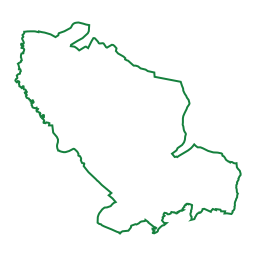 the district of Branesti, Dâmbovita, Romania
{"feature_id": "2599482B82394279234380", "entity_name": "Branesti", "entity_type": "district", "adm_level": 2, "iso_a3": "ROU", "parent_name": "Romania", "parent_adm1": "Dâmbovita", "projection": "equal_earth", "projection_center": [25.411, 45.045], "detail": "fine", "context": "isolated", "style": "outline", "palette": "green", "viewbox_px": 256, "rotation_deg": 0, "n_neighbors": 0, "source": "geoboundaries", "source_scale": "gbopen_adm2", "svg_char_len": 5703}
<svg xmlns="http://www.w3.org/2000/svg" viewBox="0 0 256 256"><path d="M231.9,162.0L230.8,162.1L230.3,162.5L229.9,161.9L229.5,162.0L229.0,161.6L228.4,161.6L228.0,161.1L226.6,160.3L225.9,159.6L225.5,159.0L225.4,158.5L224.2,156.8L223.6,156.2L222.5,155.8L222.4,155.6L222.2,154.0L221.5,153.4L217.7,152.6L213.3,152.4L208.1,150.9L202.9,148.3L200.4,147.3L197.6,147.3L195.6,145.8L194.2,144.4L192.6,146.5L190.9,148.3L188.0,150.5L178.9,155.9L177.2,157.1L176.4,156.6L174.7,157.0L172.0,153.7L176.5,150.4L177.6,148.1L182.1,145.0L184.0,142.4L184.9,139.8L185.2,136.5L185.9,134.1L185.7,133.4L184.4,131.4L183.8,129.7L183.3,126.3L182.7,124.8L182.9,122.5L182.9,118.4L183.3,116.1L184.5,113.3L186.7,108.9L187.2,107.3L189.2,104.4L189.5,103.3L188.6,99.9L186.9,97.6L186.2,95.9L184.7,93.7L183.3,90.7L183.1,88.5L182.0,85.8L180.7,81.8L154.6,76.8L154.3,72.5L147.8,71.1L145.6,69.6L140.6,68.4L138.1,66.4L135.9,65.7L133.6,65.6L128.1,60.7L126.8,60.3L125.1,59.4L125.3,58.2L123.6,56.6L118.1,53.5L115.9,51.0L116.5,48.3L114.4,45.9L113.2,45.0L111.8,44.8L107.0,47.6L106.1,47.2L103.7,43.6L102.9,43.2L99.6,43.5L98.8,43.2L97.9,41.6L95.0,38.4L94.3,38.1L93.4,38.1L91.5,41.3L88.1,48.1L85.9,46.6L84.9,46.9L79.2,50.4L76.8,48.2L74.5,46.7L70.8,46.2L71.1,44.8L77.5,40.9L82.6,38.1L87.8,33.3L88.8,31.2L89.2,25.1L85.9,24.5L83.4,23.7L78.5,22.5L76.3,22.7L74.9,23.0L73.5,23.7L72.5,24.7L70.9,27.6L70.1,28.2L64.3,31.3L58.9,33.2L58.6,33.6L58.3,35.3L55.5,37.1L50.7,34.4L44.7,32.6L41.7,32.1L38.8,31.4L38.6,32.2L35.1,31.4L33.3,31.3L27.6,31.4L24.4,31.8L24.2,31.8L24.2,33.1L23.7,33.9L22.5,35.0L22.6,35.6L23.3,36.6L23.2,37.1L22.2,38.0L22.1,38.3L22.2,39.0L23.6,41.9L23.8,42.7L23.7,43.4L23.2,43.9L21.4,43.7L21.1,44.1L21.1,44.5L21.2,45.0L21.6,45.4L23.0,45.6L23.4,45.9L23.4,46.1L22.7,46.7L21.6,47.4L21.5,47.9L22.1,48.1L23.1,48.1L23.7,48.5L24.2,49.5L24.1,50.2L23.6,51.8L23.1,52.2L23.4,53.0L23.3,53.3L21.5,53.5L21.0,55.0L20.9,57.3L21.2,57.8L21.8,60.3L21.0,60.9L21.1,61.7L19.8,62.6L19.0,62.9L17.9,63.8L18.4,64.5L19.4,68.5L19.3,68.8L18.9,69.0L18.9,69.3L20.3,69.4L20.7,70.5L20.8,71.3L20.2,71.9L19.9,73.7L18.1,74.3L16.8,75.5L17.3,77.3L17.2,78.3L15.9,79.2L15.4,80.3L15.4,80.7L16.7,82.3L17.2,82.2L17.8,81.1L18.5,81.2L19.2,81.6L19.4,82.3L18.9,83.9L19.3,85.0L19.4,86.3L20.5,86.8L21.7,88.1L22.1,87.9L22.3,86.9L22.7,86.5L23.0,86.2L23.5,86.3L23.7,87.1L23.5,88.3L23.9,89.3L24.8,89.4L25.6,89.9L26.4,91.4L26.8,91.8L26.8,92.2L26.5,92.6L25.2,92.2L24.8,92.5L25.1,93.4L26.7,94.8L26.8,95.0L25.9,96.0L26.7,97.8L28.9,98.6L29.2,99.5L30.1,99.9L30.6,101.5L30.8,101.5L32.5,100.3L32.8,100.4L32.4,101.2L32.6,101.4L33.1,101.3L33.5,101.6L33.6,102.3L33.2,102.8L31.7,103.1L31.4,103.4L31.8,104.2L31.6,105.2L32.1,105.8L32.5,107.2L33.2,107.7L35.2,108.2L35.5,108.2L36.6,107.7L36.8,108.5L37.1,108.8L38.0,109.0L37.8,109.5L36.7,109.8L36.5,110.4L36.6,111.1L36.8,111.5L37.3,111.5L40.0,112.8L40.3,113.5L39.7,114.0L40.7,116.7L42.0,116.0L42.5,115.3L43.3,115.0L43.9,115.2L44.0,115.8L43.9,117.2L42.5,117.8L42.1,118.3L43.6,119.5L44.3,121.1L43.5,122.1L43.7,122.9L45.5,123.2L46.5,122.4L47.6,122.7L48.2,122.7L49.4,123.2L49.0,125.4L52.3,125.4L53.2,132.6L56.9,137.0L58.0,139.5L57.9,142.2L57.2,144.5L57.0,146.1L57.3,148.2L58.2,150.6L59.4,150.7L59.6,151.1L61.5,151.7L63.9,152.2L65.6,152.1L69.2,151.0L73.4,148.8L74.2,148.9L74.9,149.4L77.3,151.7L78.5,153.9L78.3,155.2L78.5,155.7L80.0,156.2L81.1,158.3L81.1,159.4L80.8,160.1L81.9,162.7L82.2,163.1L84.0,163.3L84.3,163.8L83.7,166.1L88.5,172.2L95.8,179.1L97.5,180.9L98.2,181.3L101.7,184.9L111.4,193.0L108.7,195.3L112.6,198.5L115.7,202.1L113.8,202.9L112.2,204.3L110.7,206.1L107.0,207.4L104.5,207.6L102.3,209.3L99.2,213.4L98.4,215.2L97.8,217.1L97.6,222.7L99.2,223.9L101.0,224.3L101.8,225.2L104.2,226.4L111.6,229.4L116.9,231.8L119.2,232.5L119.4,233.2L120.0,233.5L121.3,232.0L122.5,231.3L128.4,230.7L130.9,227.5L131.1,226.0L131.3,225.7L135.4,224.2L136.5,224.5L138.9,223.3L139.9,222.3L141.3,221.5L144.9,221.0L145.3,220.5L145.4,219.9L147.7,221.6L148.3,222.1L148.3,222.5L153.9,226.9L155.4,227.4L156.1,227.9L155.6,228.7L152.5,228.7L152.6,229.6L154.3,230.9L153.0,232.3L153.5,232.8L153.3,233.1L154.2,233.3L156.9,232.0L157.5,231.5L157.9,230.9L158.2,229.4L160.4,227.1L162.4,225.5L164.0,225.2L166.5,223.1L164.1,223.0L162.0,220.4L163.0,218.3L162.6,217.5L162.7,217.1L164.5,216.0L164.6,215.8L163.8,215.4L163.5,215.0L163.7,214.0L164.5,212.8L166.7,213.2L167.3,214.0L167.9,214.3L169.1,214.2L170.7,213.5L171.4,212.0L173.9,212.5L174.1,212.3L174.7,212.7L175.6,212.8L176.2,213.4L176.8,213.4L178.6,212.1L178.1,211.8L179.6,211.0L180.7,210.6L181.1,210.8L181.8,210.5L182.1,210.7L183.4,210.0L182.2,209.7L183.0,208.2L184.2,207.1L184.0,206.9L184.3,206.2L185.4,204.8L185.9,205.0L186.6,204.2L186.6,203.9L187.1,203.7L188.4,204.3L188.7,203.9L189.6,204.1L192.0,205.0L192.1,205.6L191.8,206.6L191.9,207.3L191.6,209.3L191.1,210.3L191.0,210.9L191.2,211.5L190.4,213.8L190.6,215.1L191.0,216.1L191.5,216.5L191.6,217.0L191.5,218.8L191.8,219.4L191.4,219.8L194.3,219.1L194.5,218.9L195.3,216.8L195.7,216.4L196.3,215.1L197.3,213.7L198.1,213.2L199.3,212.9L199.4,212.4L200.5,212.6L201.8,211.2L202.5,209.8L202.6,209.1L204.2,208.8L210.8,211.8L211.0,211.1L212.8,209.0L216.1,210.1L216.1,209.1L220.4,209.7L221.0,210.9L221.1,211.3L225.1,211.3L224.5,213.5L226.9,213.3L231.4,214.0L231.9,213.5L232.6,212.3L232.5,211.2L233.8,210.1L234.5,208.7L234.6,207.4L234.4,206.8L234.9,205.8L234.8,203.1L235.2,201.6L236.0,199.9L236.1,199.1L237.1,197.3L237.2,195.5L237.5,194.2L237.9,193.7L237.1,192.6L236.9,192.1L236.7,189.3L236.2,187.7L236.4,186.3L236.3,185.7L236.5,184.7L237.1,183.8L237.2,183.0L237.0,182.6L237.1,182.1L238.5,179.8L238.6,179.5L238.4,178.5L239.0,177.7L239.1,177.1L239.5,176.4L240.6,175.0L240.6,173.6L239.8,170.8L237.7,168.5L236.9,167.2L236.5,163.2L235.7,163.4L234.0,163.2L231.9,162.0Z" fill="none" stroke="#15803d" stroke-width="2"/></svg>